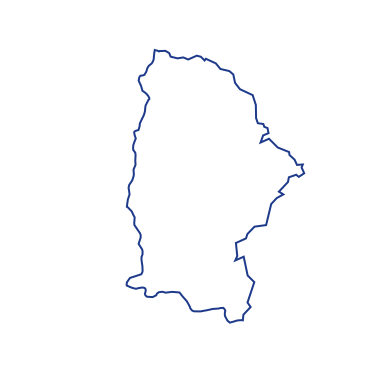 the district of Kriva Palanka, Kriva Palanka, North Macedonia, rotated 225°
{"feature_id": "65306769B37694813292745", "entity_name": "Kriva Palanka", "entity_type": "district", "adm_level": 2, "iso_a3": "MKD", "parent_name": "North Macedonia", "parent_adm1": "Kriva Palanka", "projection": "equal_earth", "projection_center": [22.335, 42.244], "detail": "fine", "context": "isolated", "style": "outline", "palette": "blue", "viewbox_px": 384, "rotation_deg": 225, "n_neighbors": 0, "source": "geoboundaries", "source_scale": "gbopen_adm2", "svg_char_len": 2704}
<svg xmlns="http://www.w3.org/2000/svg" viewBox="0 0 384 384"><g transform="rotate(225 192 192)"><path d="M276.1,293.9L281.4,293.9L285.0,291.8L288.4,283.0L293.3,281.0L296.8,276.2L302.8,272.6L306.3,274.1L310.6,273.0L314.8,268.5L314.8,268.0L316.1,267.6L318.7,266.1L317.5,264.3L315.2,261.4L312.8,258.6L311.7,255.9L311.4,254.3L311.8,250.6L311.1,247.9L309.4,244.8L308.5,241.2L309.3,239.5L310.6,237.9L310.7,237.1L310.3,235.7L308.5,233.1L305.6,231.9L303.4,231.2L298.5,228.5L295.5,229.1L293.3,229.2L291.0,229.0L288.7,228.3L287.9,227.5L287.9,226.3L287.1,223.7L286.4,221.7L286.0,220.4L284.6,218.5L282.4,215.9L280.9,213.3L279.7,210.5L279.3,208.9L277.2,203.3L276.0,202.1L274.5,199.6L273.7,197.9L274.4,196.7L275.0,195.5L275.4,194.2L275.2,193.5L274.9,193.1L272.5,191.5L269.6,190.1L267.7,185.7L266.6,183.6L264.9,181.6L263.3,180.2L260.0,179.7L258.2,178.4L255.2,175.1L254.0,173.8L251.5,171.6L251.0,171.0L249.2,166.5L246.2,163.9L244.8,162.4L243.8,160.6L242.5,158.0L241.9,155.1L241.4,152.6L239.9,150.2L237.3,148.3L234.5,146.2L232.0,141.3L229.1,137.4L227.6,135.5L226.5,135.8L221.0,135.7L216.7,134.1L215.5,133.8L214.6,133.5L210.7,129.0L209.3,127.9L208.3,127.7L203.5,126.8L199.8,126.1L198.7,125.7L198.3,125.5L197.8,125.1L196.5,124.0L196.0,123.3L193.1,117.6L186.6,116.1L185.2,115.2L184.1,114.2L182.8,112.8L181.9,110.6L180.2,108.7L177.9,106.9L174.9,104.7L173.0,103.0L171.3,101.4L170.6,100.6L169.7,98.0L172.0,93.4L175.1,87.4L174.2,82.2L173.8,81.5L172.0,79.7L167.2,81.6L166.1,82.2L164.5,83.1L164.0,83.4L163.1,84.1L161.7,86.4L160.4,88.3L159.3,89.6L158.1,90.4L156.8,90.7L156.0,90.3L155.2,89.8L154.1,88.2L153.6,87.1L152.9,86.5L151.8,86.0L150.4,86.0L149.8,86.2L149.3,86.5L145.5,89.9L144.3,93.6L144.4,94.0L144.9,95.3L144.7,97.1L144.5,97.8L142.3,100.6L141.8,100.9L139.7,102.0L138.5,103.4L135.5,107.3L129.8,112.1L124.7,111.5L118.4,111.1L112.2,109.3L111.2,108.6L108.9,108.3L108.0,108.3L106.3,109.0L101.7,113.4L97.6,119.3L94.7,123.9L90.8,128.4L89.7,130.2L87.9,132.2L86.5,132.2L84.5,131.6L83.7,130.3L82.6,129.0L81.7,128.2L80.9,127.6L76.0,126.1L72.9,126.4L71.2,129.3L69.9,131.7L69.2,133.1L66.6,136.2L65.3,137.2L68.9,141.6L69.2,152.1L74.6,153.1L84.2,172.3L93.6,172.3L109.7,182.8L113.0,174.2L114.7,178.7L124.9,187.0L121.0,197.4L123.1,201.4L123.3,211.7L116.2,221.0L127.5,239.5L127.8,247.6L125.7,254.9L130.8,253.7L131.2,266.9L133.9,270.9L130.5,277.9L127.2,278.2L125.9,284.6L131.8,286.8L133.1,289.8L136.9,285.4L142.3,287.4L149.2,287.1L151.6,288.9L162.8,284.1L175.2,284.1L178.5,275.5L181.7,282.3L179.5,287.7L183.8,290.6L187.0,289.2L189.6,290.5L194.1,287.2L199.0,289.6L208.4,298.7L217.6,303.4L230.8,298.6L238.7,299.6L245.9,304.3L251.1,303.9L258.9,299.1L266.1,299.8L276.4,296.0L276.1,293.9Z" fill="none" stroke="#1e3a8a" stroke-width="2"/></g></svg>